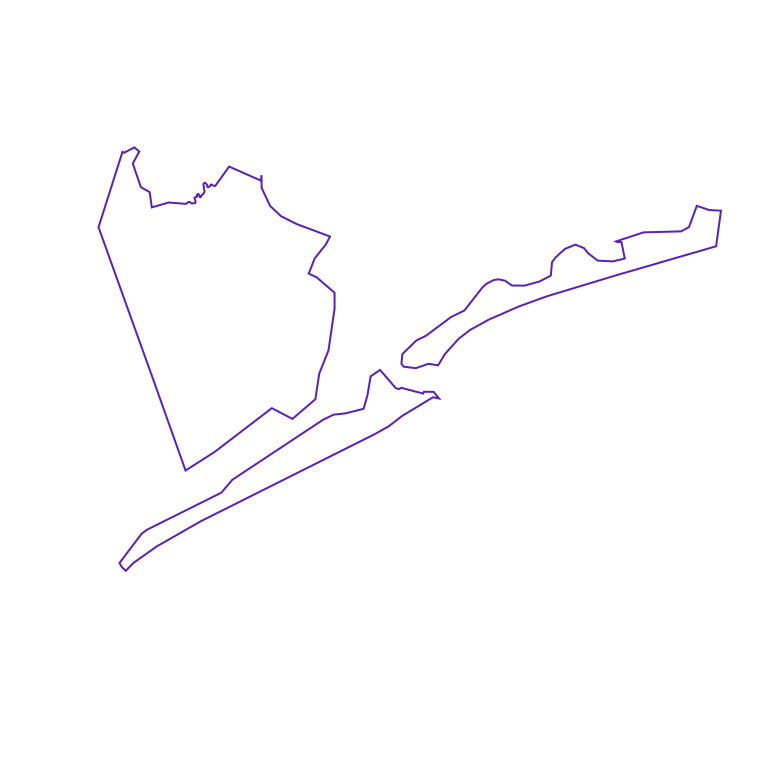 Galveston, Texas, United States of America (Natural Earth projection), rotated 9°
{"feature_id": "52423323B5668037178714", "entity_name": "Galveston", "entity_type": "district", "adm_level": 2, "iso_a3": "USA", "parent_name": "United States of America", "parent_adm1": "Texas", "projection": "natural_earth1", "projection_center": [-94.91, 29.338], "detail": "fine", "context": "isolated", "style": "outline", "palette": "violet", "viewbox_px": 768, "rotation_deg": 9, "n_neighbors": 0, "source": "geoboundaries", "source_scale": "gbopen_adm2", "svg_char_len": 2106}
<svg xmlns="http://www.w3.org/2000/svg" viewBox="0 0 768 768"><g transform="rotate(9 384 384)"><path d="M89.4,195.6L77.5,273.8L106.5,326.7L158.0,420.5L201.5,500.5L227.2,477.7L277.0,425.4L299.0,432.8L315.2,413.8L318.6,409.8L318.4,384.0L323.9,359.5L323.4,317.4L320.9,301.6L300.5,289.0L292.4,286.8L295.9,270.8L304.8,255.1L307.6,246.8L272.8,239.7L256.1,234.4L243.5,225.8L241.4,222.6L232.5,209.5L230.3,196.9L230.7,202.4L197.0,193.5L186.3,214.9L184.8,214.7L184.1,214.7L182.1,213.9L181.7,214.3L181.4,215.4L180.5,216.5L179.7,217.1L179.2,217.1L178.6,216.8L178.4,215.4L177.9,214.8L176.0,213.2L174.7,213.8L174.3,214.9L174.6,215.9L175.4,217.5L175.4,218.7L175.6,219.7L176.5,221.1L176.6,222.1L175.8,224.5L174.7,225.7L174.2,226.3L173.8,228.0L173.2,228.3L172.7,228.1L172.2,226.9L171.7,226.1L170.8,225.4L169.9,226.0L169.7,226.6L170.0,227.8L169.6,228.6L168.1,229.2L167.7,229.7L167.9,230.4L168.7,231.8L169.3,233.2L169.4,234.3L169.1,234.8L168.4,235.1L167.5,235.2L166.4,235.7L165.4,235.5L164.4,234.9L163.3,234.6L162.4,234.9L161.8,235.4L161.1,236.4L159.9,237.1L143.0,238.4L127.0,245.9L122.6,231.2L113.1,227.6L101.4,205.6L105.9,192.6L100.4,189.4L91.2,196.2L89.4,195.6ZM590.8,206.9L591.9,207.2L596.3,206.7L602.2,222.4L590.9,227.1L575.7,228.7L565.3,223.0L560.3,218.5L551.3,216.4L541.6,222.2L533.7,232.1L530.9,237.4L531.8,250.8L521.6,258.4L507.6,264.8L495.0,266.7L487.3,263.0L480.8,262.7L476.2,264.1L469.7,268.8L466.2,273.0L452.0,298.7L439.6,307.5L418.1,329.6L409.0,336.1L397.5,351.5L398.0,361.3L400.6,363.8L412.9,363.4L424.7,357.1L434.5,357.1L439.5,344.9L450.5,327.8L460.7,317.0L477.6,303.9L505.6,286.0L531.3,271.8L598.2,239.4L690.5,196.0L689.7,160.1L677.9,161.3L665.1,159.1L660.7,181.3L653.5,186.8L616.7,193.6L590.8,206.9ZM168.0,569.8L150.7,602.2L154.0,606.1L158.2,608.9L164.5,599.9L184.9,580.0L224.5,548.2L382.9,434.8L395.4,424.9L407.0,412.6L434.5,389.4L440.6,389.7L434.3,384.0L424.6,385.4L424.2,387.3L401.8,385.1L399.7,386.7L396.2,386.2L377.9,370.7L369.6,378.6L369.4,398.0L367.7,411.7L350.1,419.2L339.1,422.1L329.1,429.1L249.2,502.3L240.4,516.7L173.0,564.8L168.0,569.8Z" fill="none" stroke="#5b21b6" stroke-width="2"/></g></svg>